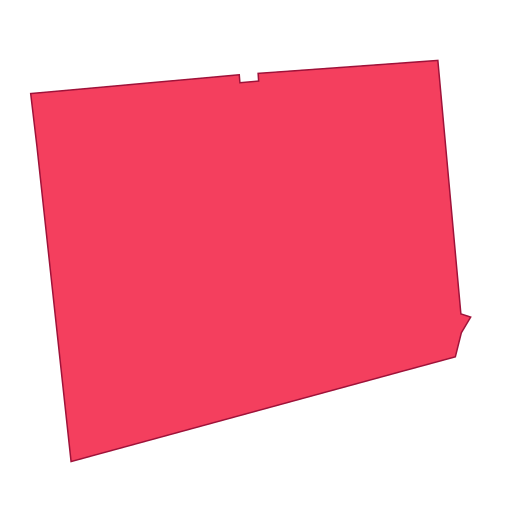 Randolph, Alabama, United States of America, rotated 84°
{"feature_id": "52423323B93336914433207", "entity_name": "Randolph", "entity_type": "district", "adm_level": 2, "iso_a3": "USA", "parent_name": "United States of America", "parent_adm1": "Alabama", "projection": "albers", "projection_center": [-85.481, 33.304], "detail": "fine", "context": "isolated", "style": "filled", "palette": "rose", "viewbox_px": 512, "rotation_deg": 84, "n_neighbors": 0, "source": "geoboundaries", "source_scale": "gbopen_adm2", "svg_char_len": 337}
<svg xmlns="http://www.w3.org/2000/svg" viewBox="0 0 512 512"><g transform="rotate(84 256 256)"><path d="M80.5,54.7L74.6,234.8L82.3,235.1L82.0,253.9L74.0,253.7L70.9,463.1L124.1,462.4L441.1,461.4L437.4,438.9L386.4,125.8L377.1,68.3L353.8,59.8L339.2,48.9L335.0,58.3L80.5,54.7Z" fill="#f43f5e" stroke="#9f1239" stroke-width="1.5"/></g></svg>